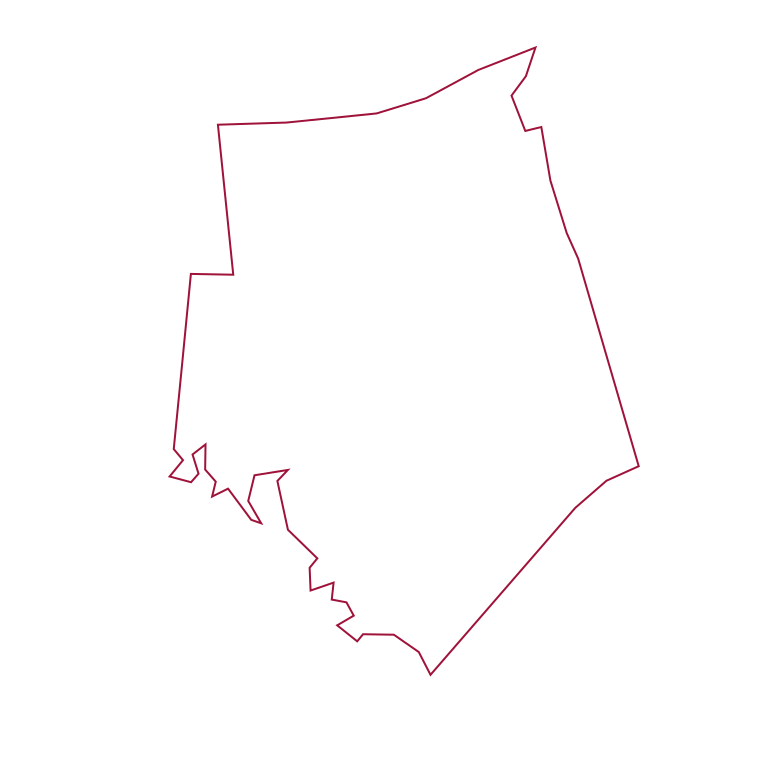 outline of Barren, Kentucky, United States of America, rotated 347°
{"feature_id": "52423323B4695420785133", "entity_name": "Barren", "entity_type": "district", "adm_level": 2, "iso_a3": "USA", "parent_name": "United States of America", "parent_adm1": "Kentucky", "projection": "orthographic", "projection_center": [-86.003, 36.946], "detail": "fine", "context": "isolated", "style": "outline", "palette": "rose", "viewbox_px": 768, "rotation_deg": 347, "n_neighbors": 0, "source": "geoboundaries", "source_scale": "gbopen_adm2", "svg_char_len": 775}
<svg xmlns="http://www.w3.org/2000/svg" viewBox="0 0 768 768"><g transform="rotate(347 384 384)"><path d="M220.6,233.3L191.0,321.5L164.5,400.1L171.0,413.0L154.3,425.9L173.9,436.3L183.1,429.7L181.6,409.6L196.5,402.7L190.5,427.1L198.1,441.3L191.2,455.0L208.5,450.9L224.1,486.5L233.0,492.1L225.4,467.4L237.3,443.8L271.0,446.1L258.3,454.5L257.6,504.4L279.8,538.9L270.2,546.3L266.0,568.7L290.2,566.2L284.6,582.3L298.3,588.3L302.4,602.9L284.1,608.6L300.0,628.7L307.3,623.1L337.2,630.5L357.6,653.0L363.9,677.8L542.5,547.7L579.0,528.3L613.7,521.4L601.4,305.5L596.0,278.1L591.9,223.2L595.1,169.0L578.6,169.2L573.1,131.7L591.5,116.0L607.3,90.2L546.6,99.2L489.2,115.0L437.6,118.7L347.7,107.3L280.5,94.0L261.7,243.6L220.6,233.3Z" fill="none" stroke="#9f1239" stroke-width="2"/></g></svg>